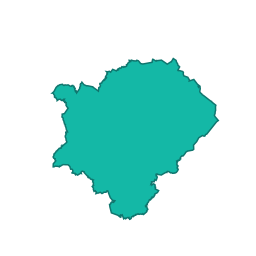 outline of Tacámbaro, Michoacán, Mexico, rotated 51°
{"feature_id": "50627088B98696498668505", "entity_name": "Tacámbaro", "entity_type": "district", "adm_level": 2, "iso_a3": "MEX", "parent_name": "Mexico", "parent_adm1": "Michoacán", "projection": "albers", "projection_center": [-101.483, 19.25], "detail": "fine", "context": "isolated", "style": "filled", "palette": "teal", "viewbox_px": 256, "rotation_deg": 51, "n_neighbors": 0, "source": "geoboundaries", "source_scale": "gbopen_adm2", "svg_char_len": 5881}
<svg xmlns="http://www.w3.org/2000/svg" viewBox="0 0 256 256"><g transform="rotate(51 128 128)"><path d="M189.4,190.8L192.5,190.1L192.6,189.7L191.1,189.8L191.5,189.5L191.5,189.0L190.8,188.5L190.9,188.2L191.5,187.9L192.1,188.0L192.0,187.2L195.9,188.5L195.9,187.4L196.2,187.0L196.8,187.0L196.7,186.7L197.1,186.6L197.1,185.3L197.4,184.5L198.3,184.3L198.2,183.6L199.7,184.0L200.0,184.2L200.2,183.9L199.9,183.5L200.3,182.6L199.3,181.1L199.6,180.5L199.5,179.8L200.1,179.6L199.8,179.0L200.1,178.7L199.8,178.4L200.5,177.1L200.1,176.5L200.6,176.2L200.5,175.7L200.8,175.4L200.9,174.5L201.4,174.3L201.5,173.8L202.1,173.7L202.8,172.3L204.0,171.3L203.9,170.4L205.0,170.3L204.9,166.4L204.7,165.8L204.0,165.5L203.9,164.3L203.6,163.7L202.6,163.7L200.7,162.8L200.1,163.1L200.4,163.5L200.2,163.8L199.5,163.4L199.7,162.7L199.2,161.9L199.7,161.3L199.1,161.1L199.0,160.6L198.6,160.2L198.4,158.7L197.2,156.4L198.0,155.8L197.5,154.9L197.8,154.4L197.3,153.9L197.6,153.5L196.9,152.7L197.7,152.2L197.5,151.6L197.7,151.1L197.2,150.2L196.9,149.9L197.0,149.4L196.2,148.6L196.7,145.8L195.9,143.6L192.6,145.2L191.4,143.9L191.0,144.2L189.3,142.8L188.6,142.8L187.3,143.5L187.3,145.1L186.8,144.6L186.0,145.0L186.0,145.3L185.5,144.6L185.3,143.5L184.8,143.4L185.6,142.4L185.6,141.9L186.2,141.5L185.0,139.5L186.3,139.1L185.8,138.0L184.6,136.2L183.1,135.8L182.9,136.2L181.6,135.3L182.0,134.3L182.9,134.0L185.5,131.7L186.1,127.6L186.5,126.3L187.0,125.8L186.5,125.3L186.5,124.8L187.7,123.6L189.6,123.2L190.2,122.3L191.2,121.9L192.3,120.3L192.3,119.8L192.7,119.5L192.9,118.3L192.4,116.2L191.6,114.9L190.6,115.2L189.6,114.6L189.2,114.0L189.4,113.6L188.6,112.9L187.3,113.3L186.8,112.5L185.9,112.2L185.8,111.7L184.6,111.1L185.4,110.7L185.2,110.0L184.6,109.8L184.6,109.1L185.5,108.4L185.4,107.5L184.8,107.1L184.6,106.8L184.9,106.4L184.2,106.2L183.7,105.0L183.6,103.5L184.0,103.4L184.4,102.6L183.7,99.6L183.2,98.4L183.4,96.3L185.9,91.7L185.9,90.3L182.5,87.8L181.8,83.2L180.1,79.1L180.7,74.9L182.1,74.1L182.6,73.4L181.9,71.8L182.3,70.6L178.9,55.3L179.0,53.1L173.7,53.2L172.4,52.8L171.6,51.3L170.2,50.0L169.4,48.8L166.5,46.6L165.6,45.4L160.6,46.5L159.9,46.3L159.2,46.8L150.1,48.9L148.8,49.4L147.8,49.2L146.3,49.6L144.8,49.3L142.9,47.1L141.1,46.0L140.5,46.4L140.4,46.8L140.7,47.5L140.0,47.4L139.7,47.2L139.6,46.5L139.9,46.0L137.7,46.5L131.7,46.3L130.0,50.8L129.5,50.1L126.2,49.6L122.6,51.8L120.8,51.1L119.7,50.0L118.6,49.9L115.6,52.0L115.0,52.9L114.4,52.9L113.0,49.4L111.5,49.5L110.9,49.8L109.5,49.1L107.3,48.8L105.7,48.1L102.5,49.1L103.8,52.6L103.6,52.7L103.1,57.3L96.3,59.3L94.0,63.0L93.6,63.2L93.7,64.1L90.2,65.4L90.4,66.0L92.1,68.0L87.6,76.2L85.9,77.6L82.4,77.6L80.9,78.5L81.1,79.4L79.3,81.4L77.4,82.7L78.0,84.0L77.1,84.3L76.1,83.9L76.4,84.2L76.1,84.5L77.7,85.4L77.5,87.2L78.3,88.6L78.0,88.8L77.9,89.5L79.0,90.2L78.9,91.1L78.4,92.3L77.7,92.4L77.9,93.3L76.5,94.1L77.1,96.0L76.1,96.7L76.0,97.0L76.2,97.8L75.9,98.3L76.3,98.5L75.9,98.8L76.1,99.9L76.3,99.9L76.1,100.1L76.3,101.1L72.8,103.0L73.7,106.4L72.3,106.7L71.4,108.6L70.6,109.3L72.3,109.3L72.5,110.2L73.1,110.2L73.1,110.8L74.1,113.3L75.4,113.1L75.5,113.7L75.2,113.7L75.0,114.2L75.4,114.4L75.3,115.1L75.7,115.1L76.0,115.7L76.0,116.5L75.4,116.6L75.6,117.4L75.5,117.6L75.9,118.5L75.9,119.3L76.5,120.2L75.7,121.8L76.6,122.5L77.4,122.5L78.0,123.1L78.5,124.3L78.2,125.2L80.7,127.8L74.3,129.5L73.9,129.4L69.9,132.7L69.2,133.6L66.6,135.0L63.4,135.0L64.0,136.2L63.7,136.9L63.9,137.2L64.5,138.1L65.4,138.2L66.0,139.9L66.9,140.6L68.4,145.8L66.8,145.1L66.7,145.9L66.1,145.7L65.9,145.1L65.5,145.4L64.6,145.2L64.2,144.7L64.2,144.3L63.4,144.1L63.2,144.2L63.3,144.4L62.4,144.5L61.9,143.8L61.4,143.8L60.9,144.2L60.2,144.1L59.7,144.9L60.0,145.6L59.2,146.5L56.8,147.4L56.1,148.7L54.8,149.9L54.7,150.9L54.2,151.3L52.8,151.4L51.5,153.7L51.3,155.5L51.0,155.6L51.2,158.3L53.1,162.7L53.2,164.8L53.5,164.4L54.5,164.3L55.6,164.6L56.6,164.6L57.6,165.3L57.6,165.6L58.5,165.5L59.1,165.0L60.7,165.3L61.2,165.1L62.1,165.8L62.2,163.7L63.2,162.4L64.3,162.5L65.0,162.1L65.0,161.4L65.4,160.7L65.2,159.8L65.6,159.3L66.2,161.1L66.8,160.9L67.5,161.1L67.2,160.8L67.4,160.5L68.0,160.9L68.1,160.5L68.5,160.9L69.4,160.1L70.2,161.0L71.0,161.2L71.2,161.8L72.6,162.1L74.9,162.1L76.8,168.3L75.8,170.5L76.6,171.0L77.9,172.4L79.6,172.2L80.7,173.2L82.6,173.6L83.3,174.1L84.2,174.3L84.7,174.8L85.9,174.6L85.9,174.8L86.8,175.4L88.6,175.9L90.8,177.1L91.6,177.0L93.0,177.5L92.3,178.3L92.5,179.1L92.3,179.2L92.8,179.6L93.6,179.5L94.7,181.8L95.6,182.4L96.9,182.7L98.8,183.9L100.0,184.1L100.6,184.7L100.7,189.3L100.0,190.1L100.9,190.5L100.8,191.2L100.3,191.0L100.2,191.2L100.9,191.5L101.1,192.8L101.4,192.8L100.9,193.9L100.5,194.1L100.9,196.5L100.5,196.2L101.0,196.9L100.9,198.6L101.5,199.6L101.4,200.1L101.8,201.2L101.6,201.9L102.8,202.9L103.3,204.3L103.9,204.6L104.8,204.7L106.0,204.0L106.6,204.8L108.1,204.8L108.8,208.6L111.1,210.6L111.6,210.0L111.8,208.6L113.9,206.4L115.0,205.8L114.6,205.1L115.1,204.8L115.5,201.6L118.9,197.7L121.3,197.4L123.9,198.5L124.7,197.5L125.5,197.4L126.6,197.8L127.5,198.7L127.4,199.5L127.8,199.8L129.9,197.8L130.1,198.1L131.4,198.2L131.3,197.4L132.9,196.8L133.3,193.4L134.0,192.9L132.8,192.4L132.7,190.8L134.5,189.6L135.0,190.1L139.9,189.8L140.2,189.4L140.6,189.5L140.9,190.1L141.7,190.1L142.0,189.4L142.9,189.1L143.5,189.3L144.5,189.1L145.2,188.6L145.2,188.3L146.6,187.6L146.7,188.6L147.4,188.9L147.7,189.4L148.2,189.2L148.8,189.3L150.3,190.7L151.0,190.9L151.0,191.2L150.6,191.3L150.9,191.7L150.9,192.6L153.0,192.7L153.9,193.6L155.4,194.1L155.3,193.8L156.0,193.0L156.6,193.5L157.4,192.8L158.2,193.3L158.8,194.2L159.1,193.5L158.9,193.2L159.9,192.0L160.5,190.0L162.5,189.5L162.8,188.7L162.7,187.2L164.1,185.5L163.6,183.9L164.1,183.3L171.0,185.6L174.2,185.5L174.5,185.8L175.1,185.5L175.3,184.7L176.3,184.0L176.7,186.1L175.2,187.4L175.5,188.7L175.9,188.8L176.2,190.1L175.9,190.4L175.6,190.2L175.2,190.1L178.1,191.8L183.5,194.3L189.4,190.8Z" fill="#14b8a6" stroke="#0f766e" stroke-width="1.5"/></g></svg>